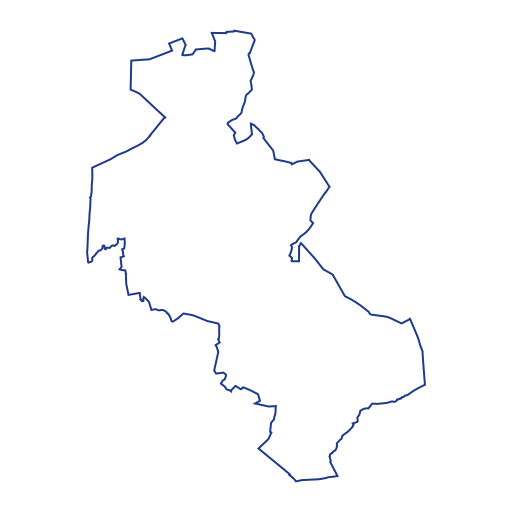 outline of Ciblas pag., Ciblas, Latvia
{"feature_id": "27541924B77799225561415", "entity_name": "Ciblas pag.", "entity_type": "district", "adm_level": 2, "iso_a3": "LVA", "parent_name": "Latvia", "parent_adm1": "Ciblas", "projection": "albers", "projection_center": [27.918, 56.534], "detail": "fine", "context": "isolated", "style": "outline", "palette": "blue", "viewbox_px": 512, "rotation_deg": 0, "n_neighbors": 0, "source": "geoboundaries", "source_scale": "gbopen_adm2", "svg_char_len": 5907}
<svg xmlns="http://www.w3.org/2000/svg" viewBox="0 0 512 512"><path d="M131.3,60.6L130.6,89.6L136.4,92.1L139.6,93.7L153.7,106.9L165.2,117.5L163.7,118.5L150.4,134.9L150.5,134.9L150.5,135.3L148.1,137.8L146.5,139.7L142.7,142.8L138.2,145.4L131.4,148.7L126.5,151.4L117.3,155.1L110.8,159.1L92.2,167.7L92.2,171.7L92.3,172.3L92.3,179.2L91.7,186.2L91.7,190.6L91.1,196.1L90.0,197.5L90.6,198.3L90.6,198.9L90.4,201.4L90.4,203.0L90.1,208.4L89.6,213.1L89.2,221.1L88.6,226.3L88.0,233.7L87.5,246.6L87.1,252.2L88.1,262.2L88.4,262.6L91.4,261.6L91.7,261.4L92.1,260.9L92.3,260.6L92.3,260.1L92.2,258.1L92.4,257.7L93.0,256.9L93.8,256.3L95.2,254.9L95.7,254.3L96.1,253.5L96.5,253.0L97.3,252.3L98.6,250.8L98.9,250.6L100.3,250.3L101.5,249.5L102.2,248.7L102.5,248.1L102.5,246.7L102.6,246.1L102.7,245.9L103.0,245.7L103.8,245.5L104.3,245.8L104.6,246.5L104.8,248.5L105.2,249.1L105.6,249.3L106.1,248.9L106.4,248.2L106.6,247.9L107.4,247.6L108.9,247.9L109.6,247.9L110.2,247.5L110.7,246.7L111.7,245.8L112.3,245.6L113.6,245.5L114.2,246.0L114.5,246.0L115.4,245.2L116.8,244.2L117.4,243.6L118.0,242.1L118.0,241.6L118.0,240.9L117.7,239.6L117.6,238.9L117.6,238.6L117.9,238.4L118.2,238.4L119.3,239.0L120.6,239.3L121.8,239.4L123.0,239.1L124.5,238.5L124.6,239.1L124.8,243.8L124.2,248.5L122.1,249.3L123.0,252.0L123.1,254.3L123.8,256.3L120.5,257.4L121.6,266.9L119.6,269.3L121.5,270.0L125.3,270.4L125.6,271.7L125.8,273.6L126.0,273.8L125.9,273.9L126.0,278.4L126.3,284.3L128.5,294.9L139.7,292.9L140.6,299.3L140.4,299.5L141.3,300.2L141.8,301.1L142.0,301.2L143.4,300.9L143.5,300.6L143.2,299.4L143.2,299.0L143.9,297.0L146.0,298.8L148.6,301.5L149.2,302.6L151.4,309.9L155.3,309.2L156.1,309.3L157.7,310.0L158.9,310.3L159.9,310.3L161.5,309.9L162.8,310.0L163.8,310.4L164.8,310.9L166.6,312.2L166.8,312.5L166.9,313.2L167.5,313.5L168.0,313.5L169.0,315.2L170.2,316.9L171.3,320.5L171.8,321.3L172.2,321.6L172.6,321.6L173.7,321.1L177.4,318.7L178.7,317.7L183.4,313.5L192.3,315.1L198.5,317.4L207.2,321.0L218.4,323.6L218.8,324.9L218.9,325.4L219.3,325.7L219.3,326.0L219.5,326.3L219.5,326.5L219.3,326.6L219.1,329.9L219.3,332.4L219.2,335.2L218.9,338.6L218.1,339.2L219.7,342.4L215.6,345.2L216.6,346.7L218.3,351.9L214.2,370.5L216.1,373.6L223.4,372.6L226.0,374.7L225.8,376.7L225.0,378.5L224.8,379.1L224.4,379.6L222.7,380.6L222.3,381.2L221.9,382.2L221.2,383.0L220.9,383.6L223.9,385.9L225.4,387.4L226.1,388.8L226.7,389.4L227.4,389.7L229.5,390.2L231.1,391.3L231.1,390.4L235.5,385.9L240.6,389.1L241.2,389.1L243.2,387.3L250.0,390.1L258.0,394.2L258.7,396.5L260.0,400.8L255.1,403.5L268.5,406.5L275.8,406.1L275.6,408.2L275.7,409.2L275.6,409.8L275.6,411.1L275.4,413.0L275.2,413.8L275.2,414.4L275.2,414.8L274.6,416.0L274.4,416.6L274.2,417.4L274.2,418.8L274.1,419.2L273.6,419.8L271.1,422.8L270.1,431.8L271.4,432.5L268.4,439.1L258.5,448.5L289.8,474.3L289.3,474.9L293.2,478.1L294.0,478.9L296.0,481.3L297.0,481.2L301.9,480.1L318.0,479.3L321.4,478.9L323.6,478.4L325.2,478.2L328.4,477.2L334.7,476.5L337.5,476.0L330.2,462.0L330.2,461.9L330.5,461.7L330.8,461.0L330.1,458.6L329.8,457.4L329.7,456.7L329.8,456.1L329.7,456.1L329.9,455.5L329.9,454.8L330.1,454.3L330.6,453.9L331.3,453.5L331.6,453.1L332.1,453.1L332.5,452.9L332.6,452.4L333.0,451.8L333.3,451.4L334.6,450.8L335.1,450.4L335.6,449.8L336.4,448.5L336.7,447.1L337.0,446.5L336.8,443.9L337.2,442.8L338.5,441.7L340.2,439.7L341.4,438.9L341.7,438.3L342.4,435.6L348.1,431.5L350.4,429.1L352.9,426.4L352.8,425.5L353.6,424.5L352.8,423.4L356.0,422.4L357.3,421.8L357.6,421.6L357.5,417.2L359.3,414.8L360.4,410.7L363.4,409.0L366.1,408.3L367.5,408.3L368.3,408.5L372.3,403.6L377.3,403.9L386.9,402.9L392.1,401.4L392.6,401.4L393.4,401.8L394.0,401.9L395.0,401.7L396.4,400.9L396.7,400.1L397.0,399.7L398.2,399.6L398.5,398.9L398.8,398.8L399.8,398.9L400.1,398.6L400.3,398.5L400.5,398.6L400.8,398.6L401.1,398.4L401.5,397.5L401.7,397.4L402.0,397.6L402.5,397.2L403.4,397.0L404.3,396.2L404.7,395.7L405.1,395.8L405.7,395.7L406.0,395.4L406.5,395.2L407.9,394.9L408.2,394.5L413.2,391.0L420.2,387.1L424.9,384.8L424.9,384.4L423.3,363.8L422.5,352.1L422.6,351.6L420.0,344.6L418.7,339.9L417.3,336.0L410.0,318.8L409.8,318.7L409.5,319.1L409.0,319.6L401.8,323.3L401.3,323.3L389.5,317.7L387.3,316.9L382.5,316.1L371.2,314.6L369.9,313.9L368.9,312.0L362.3,306.8L360.7,305.6L356.2,302.5L350.8,299.2L345.0,296.2L344.8,296.0L332.6,274.5L323.3,269.3L315.1,258.8L301.1,243.2L300.9,243.1L299.0,246.7L299.1,246.9L299.0,261.3L291.7,261.2L291.9,257.7L289.7,256.0L289.4,255.7L291.2,251.5L292.1,247.3L291.3,245.9L291.1,245.0L291.9,244.4L296.3,242.2L297.7,240.0L300.3,236.8L300.6,236.2L302.2,235.3L306.2,232.2L309.4,228.6L313.1,223.2L310.4,220.3L310.7,216.3L311.2,214.1L312.8,211.4L318.3,202.9L325.3,192.5L325.6,192.6L329.3,186.9L329.5,186.8L319.8,171.7L309.0,160.1L309.0,159.9L297.4,161.6L291.9,164.3L291.3,162.9L291.0,162.9L284.8,161.3L280.5,160.5L274.8,159.2L274.2,155.5L273.2,150.6L263.4,138.0L263.9,136.7L262.4,133.7L261.7,132.5L260.1,131.2L259.0,129.8L254.5,125.6L254.4,125.3L250.9,123.7L251.1,126.8L252.0,134.3L248.6,137.9L245.5,140.0L237.0,143.5L234.9,139.7L233.8,135.2L235.3,132.7L227.6,124.2L227.8,123.9L227.8,122.9L228.1,122.6L228.6,122.2L232.5,119.8L234.7,119.1L235.7,118.7L236.3,118.4L236.8,117.9L237.4,116.9L238.6,115.6L240.7,113.8L241.5,112.5L242.0,110.0L242.6,107.5L244.8,102.0L245.4,98.6L245.7,96.5L246.3,95.1L246.7,94.4L247.5,94.0L248.9,92.8L251.7,89.8L251.9,89.4L251.9,89.0L251.5,87.2L251.6,86.1L250.7,81.5L250.7,80.4L252.0,78.2L252.3,77.2L253.5,74.5L253.9,72.5L253.9,71.9L253.3,70.8L250.8,62.8L249.1,56.8L248.6,55.5L248.6,54.1L248.8,53.7L249.2,53.4L249.7,53.3L254.2,41.6L254.7,40.1L254.6,39.6L254.4,39.1L254.0,38.7L252.2,35.5L251.2,33.6L234.2,30.7L233.9,31.5L226.5,31.9L226.3,33.1L211.8,32.9L215.2,41.6L214.5,51.1L213.7,51.0L208.8,48.5L208.5,48.7L207.3,48.5L195.8,49.5L195.5,50.1L192.8,54.0L192.5,54.4L185.4,55.3L182.4,55.1L182.3,54.8L185.1,46.2L185.7,45.0L182.4,38.4L169.1,43.5L172.1,50.6L149.3,59.4L144.9,59.6L131.3,60.6Z" fill="none" stroke="#1e3a8a" stroke-width="2"/></svg>